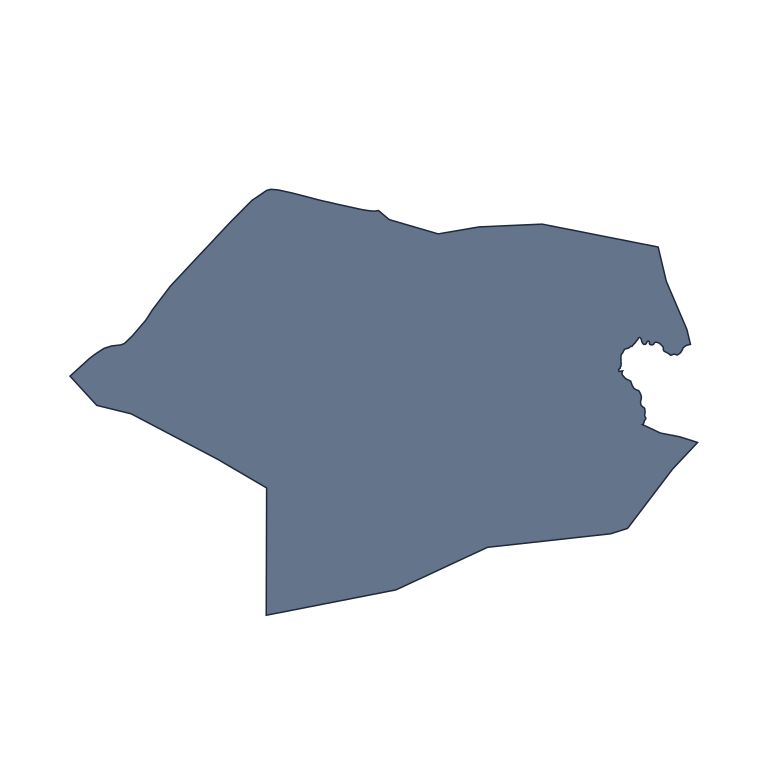 Bama, Borno, Nigeria (Robinson projection), rotated 171°
{"feature_id": "59680162B41357004175190", "entity_name": "Bama", "entity_type": "district", "adm_level": 2, "iso_a3": "NGA", "parent_name": "Nigeria", "parent_adm1": "Borno", "projection": "robinson", "projection_center": [13.793, 11.51], "detail": "fine", "context": "isolated", "style": "filled", "palette": "slate", "viewbox_px": 768, "rotation_deg": 171, "n_neighbors": 0, "source": "geoboundaries", "source_scale": "gbopen_adm2", "svg_char_len": 2344}
<svg xmlns="http://www.w3.org/2000/svg" viewBox="0 0 768 768"><g transform="rotate(171 384 384)"><path d="M217.4,202.2L183.5,200.6L166.0,203.3L112.3,254.8L83.4,277.2L99.7,285.4L118.8,292.4L135.2,303.6L134.1,304.0L133.1,305.6L132.4,307.2L131.1,308.3L130.8,309.0L130.8,310.0L131.4,310.9L131.4,312.2L131.3,313.1L130.7,314.5L130.5,315.7L130.4,316.7L130.4,317.8L130.3,318.9L130.7,319.7L132.0,320.9L132.6,321.7L133.2,322.6L133.5,323.5L133.5,325.6L133.1,327.1L132.4,328.7L131.9,330.3L131.8,331.6L132.0,333.2L132.4,334.7L132.8,336.0L133.4,337.4L134.2,338.1L135.6,338.6L136.7,339.6L138.0,340.9L138.7,342.9L139.3,344.7L139.5,346.2L139.9,348.2L141.1,349.1L142.4,350.0L143.7,350.9L144.9,352.0L145.4,352.9L145.5,353.0L146.2,354.1L147.3,355.9L147.1,358.3L146.2,359.6L150.0,359.7L150.0,361.8L149.4,362.0L148.9,362.2L148.3,362.5L147.9,364.0L147.2,364.4L146.5,367.3L146.5,369.0L146.1,370.8L146.0,372.5L145.6,374.4L145.0,376.0L143.6,377.2L142.2,379.1L141.3,380.4L139.9,380.9L138.6,381.1L137.4,381.1L136.2,381.5L134.6,382.5L133.2,382.4L132.5,383.0L131.5,384.0L129.9,385.0L128.7,386.2L127.5,387.4L126.4,388.2L125.5,389.7L124.5,390.0L123.6,389.5L123.1,388.6L122.9,387.7L122.9,386.7L122.7,385.3L122.2,383.7L121.2,382.5L119.6,382.3L118.6,382.9L117.8,384.3L116.4,385.1L115.5,384.5L115.2,383.6L115.6,382.5L115.4,381.7L114.2,380.9L112.6,380.7L111.5,381.0L110.6,382.3L109.4,382.8L108.3,382.6L107.1,382.1L105.8,381.2L104.6,380.0L103.5,378.3L102.5,376.8L102.5,375.7L102.8,374.1L102.2,372.5L100.8,371.5L98.9,370.2L97.5,368.8L96.4,367.5L95.0,367.7L93.6,368.1L92.4,368.1L91.1,367.3L89.8,366.7L88.4,367.4L87.2,367.9L85.7,369.0L84.8,370.2L83.8,371.3L83.2,372.7L81.7,373.7L79.4,374.8L75.1,375.2L76.3,390.5L89.1,441.3L89.4,445.4L91.8,476.4L202.9,517.2L265.5,524.3L307.1,523.8L353.2,545.6L362.3,556.2L366.0,556.2L370.3,557.1L377.7,559.4L386.1,562.7L393.8,565.7L401.8,568.8L418.9,575.7L428.2,579.8L444.5,586.9L458.3,592.3L465.3,594.0L469.6,593.6L481.6,587.9L485.7,586.0L493.4,580.4L499.8,575.7L509.4,568.7L525.7,556.1L532.3,550.9L547.2,539.4L559.9,529.5L579.8,514.0L601.2,493.4L609.3,484.3L625.2,470.8L633.9,464.7L637.6,463.8L647.1,464.2L655.0,463.0L665.0,458.5L671.1,455.2L681.4,448.4L692.9,440.9L671.0,407.8L638.4,394.1L559.5,335.2L554.3,330.9L516.2,299.7L527.5,229.7L536.5,174.0L404.3,178.8L307.4,206.5L217.4,202.2Z" fill="#64748b" stroke="#1e293b" stroke-width="1.5"/></g></svg>